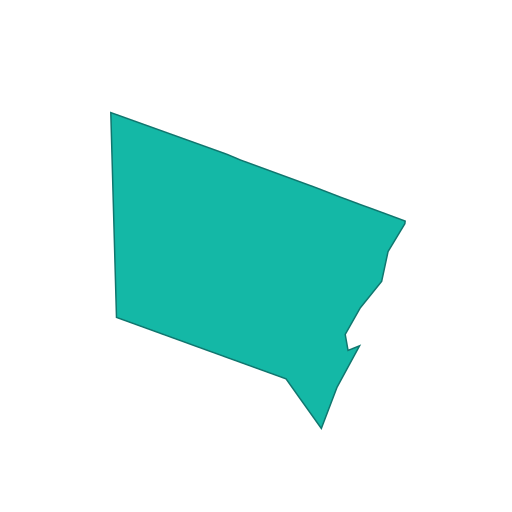 Hays, Texas, United States of America (Robinson projection), rotated 340°
{"feature_id": "52423323B40062002431262", "entity_name": "Hays", "entity_type": "district", "adm_level": 2, "iso_a3": "USA", "parent_name": "United States of America", "parent_adm1": "Texas", "projection": "robinson", "projection_center": [-97.934, 30.054], "detail": "fine", "context": "isolated", "style": "filled", "palette": "teal", "viewbox_px": 512, "rotation_deg": 340, "n_neighbors": 0, "source": "geoboundaries", "source_scale": "gbopen_adm2", "svg_char_len": 458}
<svg xmlns="http://www.w3.org/2000/svg" viewBox="0 0 512 512"><g transform="rotate(340 256 256)"><path d="M103.9,266.0L195.2,342.4L242.2,381.7L248.3,403.9L250.1,410.4L258.4,440.4L287.2,407.1L322.6,375.8L310.2,376.2L313.0,360.2L336.1,340.5L365.4,322.8L381.6,297.0L406.9,276.6L408.1,274.2L386.7,256.0L371.2,243.0L354.8,229.0L332.0,209.1L331.9,209.1L274.1,160.4L263.7,150.7L168.6,71.6L103.9,266.0Z" fill="#14b8a6" stroke="#0f766e" stroke-width="1.5"/></g></svg>